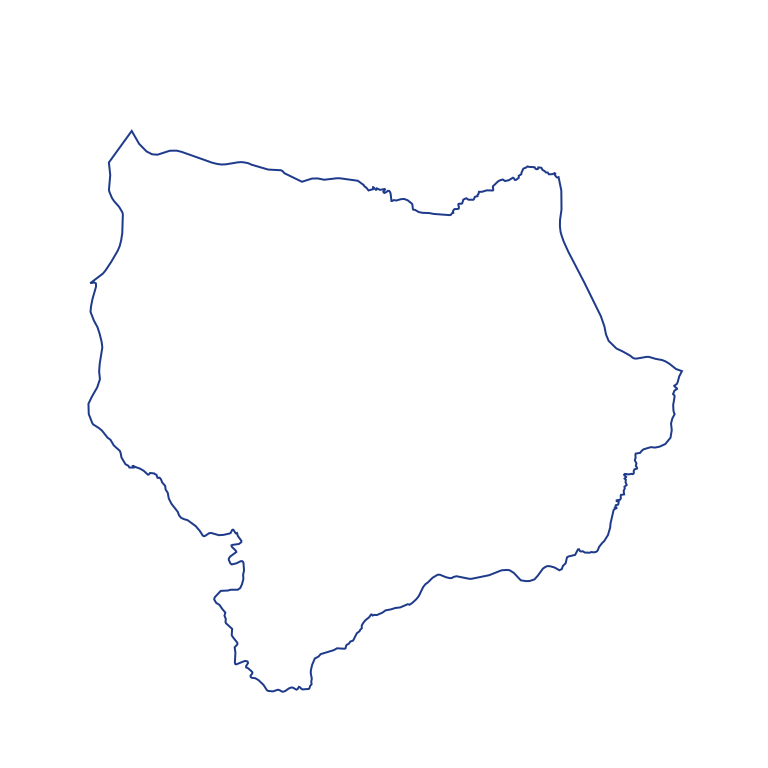 Vapy, Saravan, Laos (Mercator projection), rotated 261°
{"feature_id": "54806243B822466577686", "entity_name": "Vapy", "entity_type": "district", "adm_level": 2, "iso_a3": "LAO", "parent_name": "Laos", "parent_adm1": "Saravan", "projection": "mercator", "projection_center": [105.952, 15.765], "detail": "fine", "context": "isolated", "style": "outline", "palette": "blue", "viewbox_px": 768, "rotation_deg": 261, "n_neighbors": 0, "source": "geoboundaries", "source_scale": "gbopen_adm2", "svg_char_len": 6126}
<svg xmlns="http://www.w3.org/2000/svg" viewBox="0 0 768 768"><g transform="rotate(261 384 384)"><path d="M350.1,680.3L353.1,674.8L359.7,668.7L362.6,665.1L364.2,662.3L366.3,656.3L369.4,649.8L369.7,647.7L369.6,637.2L370.0,635.4L371.0,633.8L373.7,631.3L379.0,624.6L382.7,619.1L391.5,612.6L398.3,611.0L406.3,610.7L417.0,608.8L452.6,597.8L485.9,586.7L496.9,583.7L503.1,582.6L506.4,582.2L512.1,582.4L518.4,583.5L528.5,586.6L547.3,589.4L561.0,588.8L560.8,587.5L561.4,586.7L563.7,585.5L564.9,586.1L565.6,585.6L564.9,583.3L565.3,579.7L567.2,578.8L567.6,577.1L569.4,575.7L570.4,574.2L573.0,573.2L573.8,570.3L572.4,569.7L572.2,568.5L572.9,567.3L574.6,566.6L575.6,561.8L576.4,559.7L575.6,558.3L574.9,555.3L571.6,553.1L569.6,552.3L568.6,549.7L566.5,549.3L564.9,546.1L565.2,545.1L566.8,544.5L567.6,543.6L565.7,539.0L565.6,535.2L567.4,533.3L567.0,530.2L566.2,528.2L562.1,522.4L558.7,522.3L558.1,521.7L559.2,515.8L558.5,510.9L559.0,507.9L557.1,507.2L556.4,506.2L554.9,505.8L554.7,503.1L552.4,501.6L552.0,500.9L552.8,496.3L554.6,494.3L553.7,491.2L550.2,489.5L549.9,488.2L550.3,487.1L550.2,485.8L549.2,485.4L547.3,485.7L545.7,485.3L545.3,484.3L545.7,480.9L544.0,479.1L542.2,479.2L542.0,477.8L540.7,476.6L540.5,475.4L544.2,459.7L545.8,455.3L547.0,449.0L548.4,445.2L551.1,441.9L551.6,440.2L552.4,439.9L556.4,440.1L557.7,439.8L561.7,436.2L563.6,432.9L563.9,429.5L563.3,424.9L564.1,422.5L563.5,420.7L563.6,420.0L570.5,420.3L572.4,420.1L573.9,419.3L574.2,418.0L573.3,416.6L572.6,414.3L573.2,413.6L574.1,413.4L575.8,415.4L576.5,415.2L576.4,410.4L578.3,407.6L577.1,406.9L577.1,406.3L580.0,404.4L580.1,404.0L578.1,403.5L577.6,399.0L580.9,397.1L582.4,395.5L583.5,395.2L588.8,390.0L594.1,372.6L594.6,369.5L595.1,356.9L597.3,351.0L598.2,345.2L596.6,334.6L607.7,318.7L610.4,316.9L611.3,315.4L613.9,303.2L621.4,287.3L623.3,284.5L624.6,281.0L625.5,277.8L625.8,274.2L625.7,262.4L626.2,257.9L627.4,253.8L629.5,248.8L644.9,220.5L646.9,215.8L647.9,209.0L645.9,196.1L647.2,190.8L650.9,185.8L659.5,179.7L673.4,174.4L645.8,146.9L633.2,146.3L618.8,142.7L616.4,142.9L610.3,144.4L607.0,145.9L600.4,150.1L594.3,152.5L592.4,152.6L574.0,149.1L567.1,146.9L561.5,144.5L557.1,141.7L547.2,133.6L539.6,126.6L537.0,123.6L529.5,109.6L529.6,113.7L528.4,115.2L525.2,114.8L513.4,109.3L506.5,106.8L501.2,105.4L492.0,107.4L484.9,109.9L478.0,111.0L469.6,111.7L464.1,111.5L448.9,106.5L441.1,104.6L433.2,104.2L425.5,100.2L417.2,93.5L410.7,89.0L400.5,87.7L391.2,89.7L389.6,90.4L385.1,95.5L382.0,98.2L374.2,102.6L371.7,105.1L365.6,107.5L359.3,112.6L356.9,113.1L352.5,113.2L345.2,116.1L343.3,118.6L341.3,119.5L340.7,123.4L342.3,123.1L342.3,123.7L340.9,125.4L338.9,129.3L336.0,133.0L331.4,136.6L331.4,137.5L332.7,139.0L331.6,143.1L331.1,143.3L330.0,145.0L326.9,145.6L326.5,146.1L326.7,147.4L326.1,148.1L324.3,148.9L321.5,149.5L317.7,151.9L313.9,151.8L310.3,153.4L304.7,153.5L299.0,155.3L290.0,160.3L286.4,161.0L283.5,162.7L281.7,165.5L280.3,168.6L273.1,175.8L267.5,179.2L262.8,181.2L261.9,182.1L261.9,183.4L264.0,188.0L263.9,190.0L260.5,197.3L260.1,202.1L260.5,208.2L261.0,209.4L263.5,211.1L263.8,211.8L263.6,212.4L259.9,214.1L259.5,214.5L259.8,215.5L256.7,215.9L251.4,218.6L250.1,218.3L248.7,215.7L248.8,209.1L248.5,208.1L247.1,208.2L242.4,211.6L241.2,211.9L237.6,205.0L235.8,203.4L234.6,203.2L230.9,204.2L229.6,205.4L230.0,210.4L231.4,214.7L231.2,216.2L230.3,217.0L229.0,217.2L221.9,216.6L217.6,215.0L213.4,214.6L208.4,212.4L205.0,210.1L203.7,207.5L204.8,200.0L204.4,197.9L205.2,190.4L200.4,184.2L199.3,183.1L197.7,182.6L194.1,184.0L191.5,187.0L187.2,189.0L183.1,191.5L180.1,190.2L176.7,191.0L173.6,190.2L172.4,190.5L165.9,195.7L159.7,194.3L157.7,195.1L151.3,198.7L149.7,198.4L147.3,195.3L141.8,195.2L132.0,193.1L130.7,193.3L130.2,194.2L132.1,202.6L132.1,204.0L131.3,205.8L129.7,206.1L127.0,203.7L125.7,203.5L124.5,205.3L120.5,208.6L119.8,208.9L118.7,208.6L116.7,206.5L115.5,206.5L114.5,207.4L113.6,210.7L111.2,213.7L105.7,217.9L99.8,220.5L98.9,221.8L97.8,226.2L98.6,231.2L98.3,232.4L96.0,235.4L95.9,236.3L96.1,238.1L98.3,242.7L98.7,244.8L98.5,246.3L95.8,249.7L96.1,250.8L98.2,252.6L97.6,253.6L96.0,254.6L95.1,255.7L94.6,262.0L94.9,262.6L97.3,263.8L98.8,265.5L101.4,265.6L104.3,266.6L109.7,266.4L112.7,267.0L117.7,269.0L123.7,272.7L125.0,276.6L127.1,279.2L129.0,292.8L130.3,296.3L128.7,303.5L128.9,304.6L131.7,305.8L132.3,306.5L132.9,308.5L134.9,310.5L135.3,312.9L135.9,313.7L142.1,318.2L143.6,321.1L144.9,322.0L146.1,323.8L149.1,324.3L151.1,326.0L153.6,328.7L155.9,332.8L158.3,335.1L158.3,335.8L157.1,336.5L157.5,338.2L156.9,340.7L158.4,346.6L160.2,350.2L160.3,355.3L161.0,360.3L160.8,365.1L162.8,373.0L162.0,374.7L163.3,377.6L166.6,382.5L169.1,385.2L177.3,390.9L179.8,393.6L181.2,396.4L185.0,401.6L187.2,407.1L186.9,409.3L183.4,415.1L181.9,418.8L181.8,420.8L182.5,422.4L182.8,425.5L178.3,437.6L177.9,440.1L178.7,458.0L181.6,470.9L181.1,476.6L180.4,478.9L177.1,482.7L168.7,488.4L167.1,493.4L166.6,496.9L167.5,502.1L170.7,506.0L176.8,512.1L178.0,514.6L178.6,516.8L178.0,519.6L176.1,523.7L172.6,528.1L173.4,530.7L176.4,532.3L178.4,535.3L184.1,537.6L184.8,539.2L185.3,546.0L190.3,549.7L190.3,550.7L188.2,551.5L187.7,552.6L187.7,554.2L186.1,556.0L185.2,560.9L185.6,562.6L185.0,564.3L184.9,566.3L185.4,568.2L186.7,569.4L189.4,570.9L193.0,574.8L194.3,576.8L199.8,581.6L206.8,584.9L210.8,585.9L223.7,591.1L224.5,592.6L225.4,592.6L224.9,594.1L225.2,594.3L226.8,593.5L228.0,593.9L228.2,596.2L228.6,596.6L231.4,597.5L231.9,595.5L232.7,595.6L232.8,599.1L233.9,600.0L236.6,600.3L237.4,600.7L237.4,603.9L240.9,604.0L243.3,605.5L244.9,605.4L246.3,607.9L249.3,607.2L251.5,607.9L253.0,606.8L254.2,608.6L254.6,608.7L255.9,607.2L257.0,607.0L257.5,607.7L256.4,612.0L256.6,614.2L256.1,615.2L256.2,616.0L256.9,616.8L259.0,617.0L260.5,618.0L260.9,620.7L262.0,620.7L263.7,619.9L266.1,620.9L269.4,619.8L271.9,621.0L274.8,621.2L275.9,621.8L275.9,626.1L277.8,628.2L278.9,630.2L279.9,637.7L278.8,641.8L279.0,646.4L280.7,652.5L286.2,658.6L293.4,661.0L300.0,661.3L304.9,663.4L308.7,666.3L312.1,665.7L317.9,666.3L326.3,669.1L327.4,669.0L328.8,667.9L332.1,669.9L333.3,672.7L334.1,672.5L336.2,670.5L336.9,670.4L338.2,673.2L339.8,674.3L345.4,676.8L350.1,680.3Z" fill="none" stroke="#1e3a8a" stroke-width="2"/></g></svg>